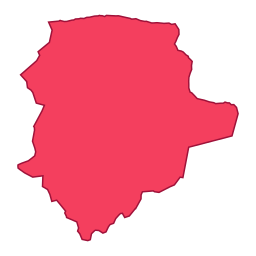 Bokkos, Plateau, Nigeria, rotated 180°
{"feature_id": "59680162B1032840889978", "entity_name": "Bokkos", "entity_type": "district", "adm_level": 2, "iso_a3": "NGA", "parent_name": "Nigeria", "parent_adm1": "Plateau", "projection": "robinson", "projection_center": [8.917, 9.236], "detail": "fine", "context": "isolated", "style": "filled", "palette": "rose", "viewbox_px": 256, "rotation_deg": 180, "n_neighbors": 0, "source": "geoboundaries", "source_scale": "gbopen_adm2", "svg_char_len": 2167}
<svg xmlns="http://www.w3.org/2000/svg" viewBox="0 0 256 256"><g transform="rotate(180 128 128)"><path d="M17.9,142.3L19.5,148.6L20.4,149.5L22.2,151.4L24.8,151.3L26.6,153.1L28.4,153.1L31.0,153.9L32.7,152.8L35.2,152.8L40.4,152.4L42.2,153.3L46.6,154.1L51.8,155.8L54.5,156.4L57.6,157.1L58.8,157.4L61.5,160.3L64.2,163.1L66.0,164.0L66.2,164.8L67.2,168.0L67.2,171.8L67.3,174.7L67.1,178.7L65.9,182.7L64.3,186.7L64.4,187.7L64.5,190.5L63.8,194.6L65.4,196.3L65.6,196.5L67.6,198.4L67.7,199.7L70.1,201.2L71.9,203.1L72.8,204.0L74.6,204.9L78.1,205.7L78.9,207.6L79.8,209.7L81.5,212.0L80.2,214.5L79.4,216.5L78.6,218.5L77.0,221.6L77.1,224.5L77.2,226.5L79.0,229.3L80.9,232.2L84.4,231.6L87.0,232.9L92.2,232.6L92.7,232.7L99.1,233.3L101.7,233.1L104.3,233.0L109.6,234.7L111.3,234.6L115.6,235.4L120.1,237.3L121.4,237.1L124.4,236.9L125.8,237.6L130.0,238.5L130.4,238.6L134.0,239.4L134.8,239.6L137.5,240.2L140.1,240.1L146.0,240.4L149.6,240.6L151.3,239.5L153.9,240.3L155.3,240.3L156.6,240.6L157.9,240.1L160.0,240.0L161.5,239.9L164.2,239.3L166.8,238.7L168.2,238.7L169.4,238.6L171.0,237.9L172.0,237.5L173.5,237.6L175.5,237.7L177.1,237.2L178.9,237.1L180.6,237.0L182.3,236.0L184.0,235.9L189.2,234.6L191.8,234.5L193.8,235.0L195.3,235.3L195.9,235.6L197.1,234.9L207.4,233.9L203.9,225.9L206.6,213.6L217.9,204.3L216.3,200.7L219.3,195.3L235.4,181.2L229.3,174.4L228.5,168.3L225.0,165.9L223.2,163.5L219.7,152.9L211.6,150.7L214.0,145.0L222.3,129.5L221.6,128.5L221.5,126.3L221.4,126.1L223.5,114.8L221.1,107.7L220.3,104.1L221.3,100.1L227.6,95.2L234.5,92.7L237.9,91.2L238.1,90.2L237.9,87.9L236.0,86.4L231.3,83.1L223.3,78.9L213.1,80.2L213.5,69.5L208.4,66.5L206.1,61.6L204.2,54.6L199.3,55.8L190.4,44.9L191.2,43.0L189.6,39.7L189.4,38.5L179.2,34.1L177.4,28.0L178.4,24.9L176.2,22.2L173.9,16.6L168.2,15.4L165.7,16.3L164.5,22.3L161.3,25.4L160.5,25.8L157.1,25.5L153.1,22.9L150.0,24.1L147.6,29.2L145.9,31.5L142.4,32.7L140.3,37.4L137.1,41.0L135.5,42.5L134.1,42.6L133.6,42.7L131.3,38.5L126.7,40.0L120.7,47.4L120.4,47.3L115.0,57.1L114.9,61.1L113.6,64.2L102.7,65.1L101.6,64.3L97.0,63.6L86.1,69.2L81.6,71.1L75.9,78.8L73.1,78.4L67.3,108.8L24.0,120.1L17.9,142.3Z" fill="#f43f5e" stroke="#9f1239" stroke-width="1.5"/></g></svg>